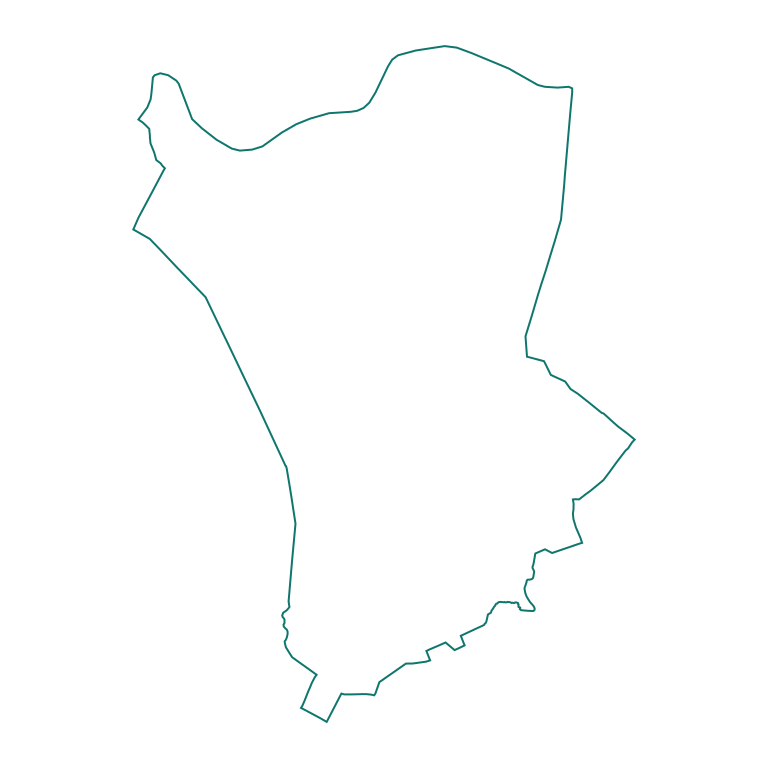 outline of Līgatne, Ligatnes, Latvia
{"feature_id": "27541924B25651481219831", "entity_name": "Līgatne", "entity_type": "district", "adm_level": 2, "iso_a3": "LVA", "parent_name": "Latvia", "parent_adm1": "Ligatnes", "projection": "mercator", "projection_center": [25.043, 57.237], "detail": "fine", "context": "isolated", "style": "outline", "palette": "teal", "viewbox_px": 768, "rotation_deg": 0, "n_neighbors": 0, "source": "geoboundaries", "source_scale": "gbopen_adm2", "svg_char_len": 3820}
<svg xmlns="http://www.w3.org/2000/svg" viewBox="0 0 768 768"><path d="M138.4,119.5L143.0,122.7L145.2,124.8L149.2,128.8L149.9,135.5L149.9,137.3L150.5,143.4L154.2,152.5L156.3,160.1L160.6,163.3L161.6,164.7L162.3,165.7L164.9,168.3L163.6,170.4L151.7,192.9L138.5,217.6L133.3,229.5L134.6,230.2L149.9,239.0L153.9,243.2L162.1,251.7L177.2,267.7L178.4,268.9L197.4,288.7L205.6,297.2L224.3,336.2L226.8,341.3L239.7,368.3L242.1,373.4L260.0,410.7L285.6,466.0L286.1,466.2L286.4,467.4L286.7,468.5L289.1,482.7L291.4,496.9L295.5,523.7L292.0,561.5L288.6,601.3L289.2,605.7L289.5,606.9L288.3,608.5L286.9,610.1L285.6,611.1L283.2,612.7L282.2,615.5L282.7,617.1L283.9,618.4L284.5,619.6L284.5,623.0L283.5,624.7L283.8,626.6L285.0,628.0L286.9,629.8L287.6,631.7L287.6,634.0L286.7,637.9L285.8,639.9L284.7,641.3L284.8,642.8L285.9,647.3L292.1,657.2L316.6,674.8L314.8,677.2L311.8,683.0L309.5,688.6L308.9,689.8L307.2,694.0L304.9,699.9L302.3,705.9L301.0,707.9L303.7,709.3L319.4,717.7L326.7,721.9L340.9,694.5L341.4,693.6L344.3,694.4L351.3,694.4L359.8,694.2L362.7,694.1L363.1,694.1L365.9,694.1L371.1,694.6L374.2,695.3L374.7,694.6L375.4,693.5L379.4,682.1L405.9,663.6L412.8,663.5L425.9,661.7L430.1,660.4L426.4,651.0L427.8,650.3L429.2,649.6L437.4,646.1L445.6,642.5L450.1,646.3L454.6,650.1L459.6,647.8L464.6,645.4L462.7,640.6L460.8,635.8L463.8,634.4L466.8,633.0L477.1,628.2L480.6,626.6L484.2,624.9L484.7,623.7L485.4,623.3L486.1,622.3L486.4,621.4L486.8,619.6L487.9,614.7L488.2,614.3L488.7,614.0L490.5,613.0L490.9,612.6L491.2,612.0L491.3,611.3L491.6,610.5L492.5,609.4L492.7,609.0L493.3,608.4L493.5,607.7L494.2,606.7L495.3,605.5L495.6,604.4L496.3,603.7L497.3,603.5L498.0,602.7L498.8,602.1L500.5,601.9L504.0,602.3L504.6,602.0L505.4,602.4L506.7,602.3L507.5,601.9L507.9,602.0L509.9,602.2L510.8,602.5L511.4,602.9L512.2,602.7L513.7,603.0L514.6,602.9L515.2,602.4L516.0,602.4L516.6,602.6L517.6,602.8L518.1,603.3L518.0,604.0L518.6,604.6L518.5,605.3L518.4,606.0L518.4,606.4L518.7,607.1L519.4,607.2L520.0,607.4L520.3,607.9L520.0,608.5L519.9,609.1L520.9,610.1L522.2,610.3L525.4,610.6L526.1,610.6L527.7,610.8L533.1,611.0L533.7,610.8L534.5,609.9L534.7,608.9L534.4,607.7L533.6,606.2L532.4,604.7L531.0,603.2L529.9,601.9L528.4,599.5L526.9,597.1L525.8,594.6L525.2,592.4L524.6,589.2L524.5,588.3L524.7,587.6L524.9,587.0L526.3,582.9L526.6,582.2L526.6,581.0L527.0,580.2L527.7,579.7L529.0,579.7L530.8,579.4L531.8,579.1L532.8,578.3L533.3,577.0L534.2,571.5L533.3,569.5L532.5,567.8L532.7,566.2L533.2,565.1L533.9,561.8L534.7,557.1L535.2,554.1L535.4,553.5L536.5,553.0L545.0,549.3L552.1,553.0L579.2,543.7L582.1,542.9L580.4,537.8L575.9,527.4L573.5,519.3L573.0,514.9L572.9,513.8L573.5,509.2L573.6,503.8L573.6,503.6L572.9,499.5L575.2,499.2L579.1,499.4L585.9,494.1L590.2,491.0L598.0,484.6L603.4,480.1L608.8,473.0L616.5,462.4L620.3,457.4L620.8,456.8L621.3,456.1L624.9,451.4L626.1,450.1L627.4,449.0L628.3,448.1L629.9,445.6L632.2,442.2L634.7,439.6L627.5,433.6L618.2,426.6L614.3,423.2L613.6,422.6L603.6,413.5L601.7,412.9L594.9,407.4L588.1,401.9L584.3,398.9L580.4,395.8L579.0,394.7L577.6,393.6L574.0,391.3L570.5,389.0L566.1,382.8L565.1,381.5L555.3,377.0L550.8,374.9L545.5,364.1L544.0,361.2L527.0,356.7L525.5,336.3L531.8,315.8L537.9,295.1L541.3,284.2L545.5,271.4L550.6,254.6L554.5,242.0L561.0,219.7L564.2,184.8L564.8,176.1L570.2,113.7L571.8,96.7L572.2,92.4L572.2,88.4L568.7,86.8L557.6,87.6L544.9,86.8L537.8,85.0L517.7,73.6L516.4,72.9L508.7,68.5L471.4,53.0L456.7,47.6L444.7,46.1L431.5,48.1L415.8,50.5L398.0,55.3L392.2,59.6L388.0,66.4L375.5,92.5L369.3,102.7L363.5,108.0L357.2,110.8L350.8,111.8L329.0,113.2L310.2,118.6L296.1,124.3L288.5,128.7L281.9,132.5L262.4,146.4L252.2,149.6L239.9,150.6L231.8,148.6L216.6,139.8L201.9,128.3L192.1,119.1L178.7,83.7L176.3,80.6L168.2,75.2L160.3,73.3L154.7,75.2L152.9,77.4L151.4,93.5L150.6,99.4L147.3,107.5L138.4,119.5Z" fill="none" stroke="#0f766e" stroke-width="2"/></svg>